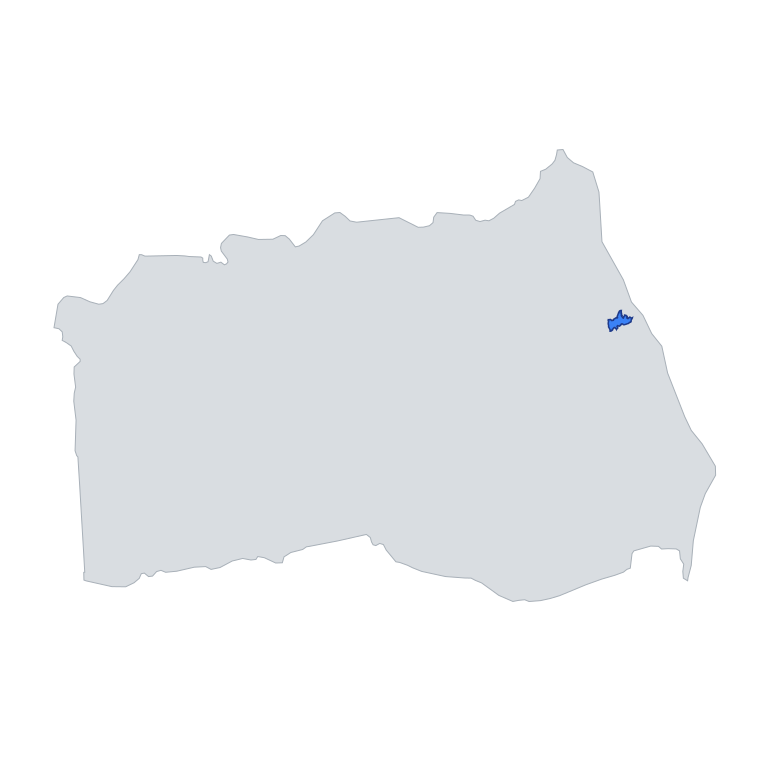 location of Awutu Senya, Central, Ghana, rotated 267°
{"feature_id": "2480657B19246099956301", "entity_name": "Awutu Senya", "entity_type": "district", "adm_level": 2, "iso_a3": "GHA", "parent_name": "Ghana", "parent_adm1": "Central", "projection": "orthographic", "projection_center": [-0.532, 5.62], "detail": "fine", "context": "in_parent", "style": "filled", "palette": "blue", "viewbox_px": 768, "rotation_deg": 267, "n_neighbors": 0, "source": "geoboundaries", "source_scale": "gbopen_adm2", "svg_char_len": 6728}
<svg xmlns="http://www.w3.org/2000/svg" viewBox="0 0 768 768"><g transform="rotate(267 384 384)"><path d="M480.7,62.6L487.1,68.7L488.5,72.2L486.2,85.4L481.5,94.6L478.6,103.3L479.0,107.6L481.9,111.9L491.6,118.7L496.6,123.1L502.6,129.8L509.4,136.3L521.1,144.8L526.0,146.4L525.8,148.7L524.2,152.0L523.2,183.7L522.3,191.9L521.5,196.1L520.4,207.9L519.2,209.6L517.0,209.5L514.9,209.9L514.5,212.3L515.3,214.7L522.3,216.4L520.8,218.2L515.6,219.9L513.2,223.4L514.2,227.5L511.4,230.8L512.2,233.0L514.0,234.6L517.0,234.0L525.2,228.5L528.7,227.9L532.9,229.0L540.8,237.4L541.2,241.5L538.0,255.4L534.9,266.2L534.4,280.6L537.7,288.7L537.3,293.1L533.7,297.0L525.6,302.6L526.2,306.4L529.9,313.4L536.8,321.3L550.2,331.1L557.4,343.8L557.6,348.9L553.4,354.1L548.6,358.6L547.0,365.1L549.3,407.7L538.7,426.3L538.6,431.6L539.7,437.7L542.6,441.4L548.0,442.4L552.4,446.0L550.9,459.0L548.6,472.2L548.2,478.6L546.9,481.7L542.7,484.2L541.2,488.4L542.3,493.5L541.5,497.3L543.8,502.3L548.6,508.4L556.5,523.7L559.5,524.9L560.8,528.1L560.0,531.2L563.0,538.0L571.7,544.7L580.9,550.6L588.2,551.4L590.0,556.7L594.9,563.4L598.4,566.4L604.0,568.3L608.6,569.3L608.8,575.0L600.6,578.9L595.0,584.8L590.7,593.7L584.8,603.6L564.4,608.7L556.6,608.8L514.7,609.1L475.5,628.5L452.9,635.4L439.0,646.2L420.3,654.0L407.2,663.4L380.1,667.8L335.6,682.6L321.6,688.4L307.5,698.6L284.6,710.6L275.6,710.4L257.7,699.1L244.2,693.4L211.3,684.7L186.7,681.3L174.8,677.5L171.6,676.9L174.4,672.8L181.2,672.6L188.4,673.9L193.9,670.8L201.9,670.4L204.0,667.2L204.7,659.1L204.7,652.5L207.5,649.6L208.2,641.9L204.3,624.8L201.6,622.8L187.2,620.3L186.2,616.9L183.6,613.3L180.9,604.5L177.8,591.3L172.9,575.0L163.4,548.2L161.1,538.7L159.5,529.0L159.2,517.5L161.2,513.2L160.9,507.2L160.1,501.3L166.9,487.6L180.3,471.0L183.1,465.0L185.6,460.8L186.0,454.8L188.5,435.3L194.9,411.8L199.0,402.9L201.7,398.1L205.0,390.3L205.8,386.6L218.1,377.5L223.7,375.0L225.0,371.4L223.1,367.4L224.0,364.7L226.9,363.3L231.4,362.3L234.7,358.5L229.7,329.4L225.7,300.5L225.5,298.1L223.0,294.1L220.6,282.1L216.6,275.1L210.8,273.1L210.9,266.5L216.8,255.4L218.3,248.9L215.5,246.9L215.2,241.9L217.2,233.7L216.2,228.6L215.2,223.2L209.3,210.6L207.9,201.6L211.0,196.4L211.0,184.9L207.9,167.3L207.4,156.1L209.6,151.5L208.6,147.1L204.3,142.8L204.0,138.8L207.7,134.8L207.3,131.7L202.7,129.4L198.6,124.0L195.0,115.4L195.9,101.6L203.0,76.2L203.9,74.1L211.6,74.3L211.7,75.3L236.0,75.2L263.8,75.0L297.0,74.8L327.2,74.5L328.5,73.4L333.5,72.0L364.0,74.6L383.0,73.3L391.1,74.2L397.0,75.9L410.2,74.9L417.2,75.5L422.5,81.8L424.7,81.8L427.6,79.1L432.9,76.0L438.3,73.6L442.1,68.7L444.4,64.9L447.9,65.7L452.9,65.4L456.2,62.3L457.5,57.4L480.7,62.6Z" fill="#d9dde1" stroke="#a8b0b8" stroke-width="1"/><path d="M436.4,611.3L436.1,611.2L435.9,611.2L435.6,611.2L435.5,611.3L435.5,611.5L435.3,611.5L435.0,611.6L434.6,611.4L434.3,611.4L434.0,611.2L433.1,611.2L432.7,611.1L432.4,611.0L432.0,611.1L431.9,611.1L431.4,611.3L431.2,611.3L431.1,611.2L430.6,611.0L430.6,610.9L430.5,611.1L430.4,611.2L430.4,611.3L430.2,611.4L429.3,611.2L428.2,611.8L427.6,612.0L426.3,612.6L425.9,612.6L425.6,612.5L425.0,612.7L425.0,612.9L425.1,613.0L425.3,613.0L425.3,613.3L425.2,613.2L425.2,613.3L425.1,613.5L425.1,613.4L425.0,613.5L424.9,613.4L424.9,613.5L425.0,613.6L425.2,613.4L425.3,613.5L425.5,613.6L425.5,613.8L425.4,613.9L425.4,614.0L425.5,614.2L425.5,614.3L425.8,614.4L425.9,614.7L425.9,614.9L426.1,614.9L426.2,615.0L426.3,615.0L426.6,615.0L426.8,615.4L427.1,615.7L427.4,615.8L427.4,616.0L427.5,616.2L427.7,616.3L428.0,616.4L428.2,616.6L428.3,616.7L428.4,617.0L428.3,617.3L428.3,617.5L428.0,617.8L427.9,617.9L427.6,618.0L427.4,618.3L427.2,618.3L427.0,618.5L426.8,618.8L426.7,618.9L426.4,619.0L426.6,619.1L426.7,619.3L426.8,619.5L427.2,619.9L427.4,619.9L427.5,620.0L427.7,620.3L427.8,620.2L428.0,620.2L428.4,620.2L428.5,620.2L429.0,620.0L429.1,619.9L429.2,619.7L429.3,619.7L429.4,619.8L429.8,620.0L430.0,620.2L430.1,620.3L430.0,620.5L429.9,621.0L429.6,621.5L429.4,621.8L429.4,622.0L429.6,622.3L429.7,622.6L429.9,622.9L430.1,622.9L430.1,623.1L430.2,623.3L430.4,623.4L430.4,623.5L430.8,623.7L431.1,623.7L431.2,623.8L431.3,623.9L431.3,624.3L431.6,624.4L431.6,624.5L431.6,625.1L431.5,625.4L431.3,625.6L431.2,625.8L430.9,625.9L430.6,626.5L430.6,626.9L430.7,627.5L431.0,628.6L431.2,629.5L431.4,629.8L431.4,630.0L431.5,630.2L431.5,630.5L431.5,630.8L431.7,631.2L431.8,631.3L432.0,631.8L432.6,632.3L432.6,632.7L432.7,633.0L432.8,633.3L433.1,633.4L433.1,633.5L433.3,633.7L433.2,633.9L433.3,634.0L433.5,634.0L434.1,634.1L434.7,634.2L434.8,634.2L435.0,634.2L435.3,634.3L435.6,634.7L435.7,634.8L435.8,634.8L436.1,634.8L436.5,635.1L436.7,635.4L436.9,635.4L437.2,635.5L437.1,635.3L437.0,635.2L437.1,634.9L437.0,634.7L436.9,634.6L437.0,634.2L437.1,633.9L437.3,633.7L437.5,633.5L437.7,633.3L437.9,633.2L438.0,633.1L437.9,632.7L437.6,632.5L437.5,632.4L437.3,632.2L437.2,631.9L437.0,631.7L436.8,631.5L436.6,631.3L436.5,631.0L436.8,630.5L436.9,630.2L437.1,630.1L437.3,630.0L437.7,630.0L437.8,630.0L437.9,630.4L438.0,630.5L438.3,630.3L438.5,630.5L438.7,630.9L438.7,630.5L438.7,630.4L438.8,630.4L438.8,630.2L438.8,629.8L438.9,629.7L439.1,629.6L439.4,629.5L439.5,629.4L439.8,629.4L439.9,629.0L440.0,628.9L440.0,628.6L440.1,628.4L440.2,628.2L440.3,628.0L440.3,627.9L440.2,627.9L439.8,628.0L439.7,627.9L439.4,627.7L439.0,627.3L438.9,627.2L438.7,627.1L438.6,626.9L438.3,626.7L438.2,626.7L437.9,626.8L437.6,626.6L437.4,626.5L437.5,626.3L437.4,626.2L437.6,626.0L437.8,625.9L438.1,625.7L438.7,625.2L438.9,625.1L439.0,625.0L439.2,624.9L439.3,624.8L439.6,624.7L439.6,624.8L439.8,624.9L439.8,625.0L440.0,625.2L440.0,625.3L440.8,624.9L441.0,624.8L441.3,624.8L441.4,624.7L441.6,624.9L442.0,624.9L442.3,624.5L442.4,624.4L442.5,624.4L442.8,624.4L443.2,624.8L443.8,624.7L444.7,624.7L445.0,624.8L445.0,624.7L444.9,624.6L444.9,624.2L445.0,624.2L445.0,623.9L444.9,623.8L444.8,623.7L444.8,623.4L444.7,623.3L444.5,623.2L444.4,623.0L444.2,623.0L444.1,622.9L444.1,623.0L444.1,622.9L443.9,622.9L443.7,622.8L443.6,622.7L443.4,622.5L443.2,622.4L443.1,622.2L442.9,622.1L442.7,622.0L442.4,622.1L442.2,621.9L442.0,621.7L441.9,621.6L441.7,621.4L441.4,621.3L441.2,621.3L440.9,621.2L440.7,621.1L440.3,620.9L440.2,620.9L440.0,620.7L439.7,620.6L439.2,620.4L439.1,620.5L438.5,620.6L438.0,620.7L437.8,620.5L437.7,620.2L437.9,620.0L438.1,619.7L438.0,619.4L438.0,619.2L437.9,619.1L437.6,618.8L437.6,618.5L437.5,618.4L437.4,618.1L437.2,618.0L437.1,617.9L437.0,617.7L437.0,617.4L436.6,616.7L435.9,616.4L435.6,616.4L435.6,615.9L435.5,615.7L435.5,615.3L435.6,615.2L435.4,614.9L435.4,614.7L435.5,614.5L435.9,614.3L436.0,614.1L436.3,614.0L436.6,613.6L436.5,613.3L436.5,613.1L436.6,612.9L436.5,612.7L436.4,612.4L436.4,612.2L436.5,611.9L436.5,611.7L436.3,611.5L436.4,611.3Z" fill="#3b82f6" stroke="#1e3a8a" stroke-width="1.5"/></g></svg>